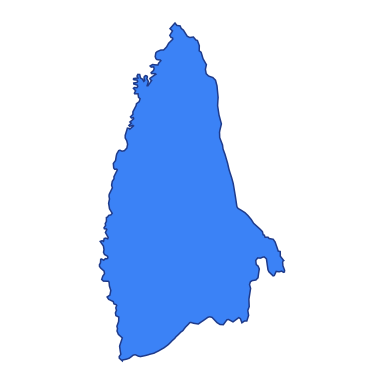 outline of Miabi, Kasaï-Oriental, Democratic Republic of the Congo
{"feature_id": "63176286B13611321695248", "entity_name": "Miabi", "entity_type": "district", "adm_level": 2, "iso_a3": "COD", "parent_name": "Democratic Republic of the Congo", "parent_adm1": "Kasaï-Oriental", "projection": "robinson", "projection_center": [23.286, -6.293], "detail": "fine", "context": "isolated", "style": "filled", "palette": "blue", "viewbox_px": 384, "rotation_deg": 0, "n_neighbors": 0, "source": "geoboundaries", "source_scale": "gbopen_adm2", "svg_char_len": 5585}
<svg xmlns="http://www.w3.org/2000/svg" viewBox="0 0 384 384"><path d="M103.4,281.1L108.4,281.3L109.1,282.2L109.4,286.0L110.8,290.5L110.5,292.0L109.9,295.1L107.1,297.0L108.7,299.4L113.3,301.6L113.7,303.1L114.0,303.9L116.1,304.6L116.7,305.5L116.4,306.2L115.8,307.9L116.2,309.4L116.5,310.2L115.4,312.9L115.7,314.5L115.9,315.6L118.8,317.1L118.6,321.5L117.7,324.1L116.9,326.2L117.5,328.7L117.0,331.0L118.4,334.4L122.3,337.9L119.8,345.4L119.8,345.6L119.6,346.2L120.2,350.6L120.8,354.3L119.6,356.0L119.2,356.5L119.3,358.2L122.4,361.0L122.8,359.9L125.0,359.5L127.0,359.0L129.2,358.2L129.9,357.7L131.4,356.6L133.1,355.2L135.1,354.7L136.4,355.2L138.2,356.1L140.4,356.6L146.0,355.4L146.7,355.2L148.2,354.8L149.6,354.3L154.0,353.2L155.7,352.3L158.4,351.0L161.0,349.5L164.0,347.8L167.9,344.9L169.2,343.7L170.7,342.2L172.1,340.7L174.7,338.4L175.9,336.8L178.0,334.9L179.7,333.2L180.9,332.0L182.5,330.9L183.2,330.2L184.1,328.9L185.6,327.0L187.1,325.5L188.1,324.5L189.8,322.6L190.7,322.5L190.8,322.4L193.7,323.3L198.3,324.0L201.7,321.6L203.1,320.7L207.9,317.3L209.7,316.8L211.0,317.1L212.1,317.4L216.9,322.5L217.0,322.6L220.0,324.5L223.3,324.7L226.4,320.5L226.6,320.3L227.0,319.7L228.6,319.5L233.0,321.9L238.8,317.6L239.3,317.9L240.4,318.7L241.9,322.8L244.5,321.0L246.8,321.0L248.6,315.4L247.9,311.2L247.8,310.4L249.2,306.6L249.0,301.7L248.9,299.3L250.6,288.3L250.4,287.8L250.4,287.7L249.5,284.6L249.8,283.6L250.4,281.8L251.6,281.0L252.2,280.6L252.9,280.5L255.9,280.0L256.8,279.0L258.0,277.8L258.7,272.7L259.3,269.0L258.1,266.1L256.3,264.6L256.0,262.9L255.9,261.8L255.7,260.5L257.0,258.8L257.7,257.9L258.3,258.0L260.7,258.1L262.3,257.3L263.2,257.1L264.2,256.9L266.4,258.8L267.1,263.6L267.1,263.8L268.0,269.9L268.1,270.0L268.9,271.8L273.1,275.9L274.1,275.6L274.3,275.5L276.2,271.4L277.5,271.6L279.2,271.8L281.6,271.1L282.8,271.9L283.6,272.3L284.4,272.0L284.5,271.0L284.6,270.4L283.6,267.6L282.9,265.8L282.8,264.5L282.6,262.2L283.4,260.3L283.5,260.3L282.1,258.5L280.3,256.2L280.3,254.1L280.2,251.5L278.2,251.1L277.5,248.9L275.1,242.0L273.9,240.3L273.2,239.3L272.7,239.2L269.1,238.5L268.0,237.2L266.5,237.2L265.1,237.3L264.5,235.7L264.4,235.2L264.1,235.1L263.2,234.8L262.4,231.6L260.6,229.7L259.9,229.0L253.6,223.3L251.3,219.6L247.9,215.5L245.0,212.7L241.1,210.2L238.7,208.8L238.1,208.5L236.9,206.7L235.3,196.0L233.2,183.4L231.6,177.6L229.7,171.8L229.2,170.0L229.1,169.9L227.6,163.3L225.0,154.4L224.4,152.8L223.0,148.9L222.5,144.9L220.6,140.0L219.7,137.6L219.6,134.2L219.5,132.2L219.7,131.3L219.8,130.6L220.6,127.3L221.4,123.9L220.4,120.2L219.0,115.0L217.6,105.7L217.8,101.7L218.1,97.4L217.0,85.9L215.5,80.2L213.7,78.4L212.8,77.5L212.7,77.5L209.6,76.4L208.4,75.9L206.2,73.7L205.5,70.0L205.4,69.3L206.4,64.6L205.7,63.5L203.0,58.7L201.9,54.9L201.1,52.3L199.2,50.8L199.3,45.7L198.6,43.7L197.4,40.5L196.0,40.1L194.3,38.1L193.4,37.0L192.1,37.2L189.8,37.5L188.9,37.1L187.2,36.2L183.4,30.1L181.2,28.4L180.3,26.3L180.1,25.9L177.4,25.5L176.8,25.4L176.6,25.1L175.0,23.0L173.8,24.3L170.0,28.7L171.1,29.7L172.5,30.9L171.4,32.7L169.8,35.4L170.6,36.7L171.0,37.5L172.1,37.8L172.6,38.0L172.8,39.2L170.3,41.6L168.7,43.2L166.6,46.9L164.4,49.2L163.6,50.0L162.1,50.0L160.6,50.1L157.1,51.6L155.8,52.9L155.2,56.6L155.4,57.2L155.9,58.6L156.7,59.4L157.0,59.6L160.3,60.0L160.9,60.7L158.6,63.2L157.9,65.0L155.0,64.8L152.6,64.5L150.7,65.6L150.1,66.0L151.2,67.1L152.5,67.0L153.7,66.9L153.9,67.9L154.1,68.7L154.0,69.2L153.5,70.5L151.1,72.6L151.5,73.6L155.1,73.6L155.5,73.9L155.9,74.2L152.8,76.3L151.7,77.1L149.9,78.4L150.3,79.7L151.0,80.1L151.6,80.5L147.9,85.8L147.1,85.7L147.7,83.8L148.4,81.5L146.9,78.7L147.4,76.9L146.9,76.0L146.8,75.9L145.5,75.6L144.3,76.6L144.1,77.5L144.0,78.2L144.7,80.5L143.8,81.4L142.3,79.0L141.2,78.4L140.6,78.1L140.4,77.4L139.7,74.5L137.8,74.4L137.0,76.1L138.0,78.0L133.7,78.5L133.4,79.1L133.8,79.7L133.9,79.8L137.1,80.1L137.7,81.4L137.0,82.4L133.7,83.0L133.8,84.0L134.7,84.3L137.0,85.0L137.4,85.1L137.7,86.6L137.4,87.0L136.9,87.7L136.4,87.7L134.3,87.5L133.4,88.3L134.0,89.0L135.6,90.8L134.4,93.2L134.7,93.8L138.0,93.8L138.5,97.3L139.5,98.2L140.1,98.7L139.2,101.6L136.4,103.8L136.2,105.4L132.9,111.8L132.9,114.4L130.5,116.8L131.4,118.0L132.7,117.8L133.4,117.6L133.7,118.8L129.9,122.0L131.3,123.2L128.9,125.4L129.3,125.8L129.7,126.3L131.0,125.9L131.3,125.8L132.8,125.3L133.5,125.9L132.7,126.6L129.9,129.1L129.8,128.9L129.7,128.5L127.4,128.1L126.6,130.8L125.2,135.3L125.2,138.0L126.5,140.3L126.8,140.9L127.6,144.3L127.0,147.3L126.9,148.0L125.6,149.4L124.4,150.7L122.0,151.2L119.9,150.2L119.5,150.4L118.7,150.6L116.9,153.7L116.8,153.9L116.7,154.1L116.3,155.8L115.5,160.6L114.4,162.0L113.3,163.5L113.7,168.0L114.7,169.3L116.7,169.1L117.3,169.9L113.9,176.8L114.0,177.7L114.0,178.8L112.3,181.3L111.6,185.1L111.7,185.6L112.4,187.8L109.2,194.3L109.2,194.5L109.0,196.1L109.4,198.5L109.5,199.0L108.6,203.4L108.8,204.3L109.5,208.8L112.2,213.3L110.9,214.9L108.7,215.4L107.5,217.1L106.4,217.5L106.4,221.4L105.2,223.6L105.3,223.9L105.6,225.5L104.0,227.8L104.3,228.6L104.4,228.8L105.3,228.9L106.4,228.9L106.5,229.0L106.8,229.6L105.4,232.5L106.1,233.7L108.2,237.5L107.9,238.3L107.7,238.8L105.8,238.1L104.2,238.5L103.9,239.8L103.5,241.4L102.2,240.7L101.2,241.0L100.2,241.4L101.8,243.7L103.4,246.0L104.0,249.6L103.5,252.3L104.5,254.5L106.1,255.4L107.6,256.3L107.7,256.6L107.9,257.9L107.4,258.3L107.0,258.7L106.0,258.7L105.4,258.6L103.7,260.2L101.5,259.0L101.3,259.1L100.7,259.3L100.6,261.2L100.4,263.0L99.8,264.1L99.4,264.8L99.5,265.8L99.5,266.4L99.7,266.6L100.6,268.0L104.1,271.1L104.3,272.4L104.5,273.7L103.5,275.2L102.8,276.1L101.7,279.5L102.9,280.6L103.4,281.1Z" fill="#3b82f6" stroke="#1e3a8a" stroke-width="1.5"/></svg>